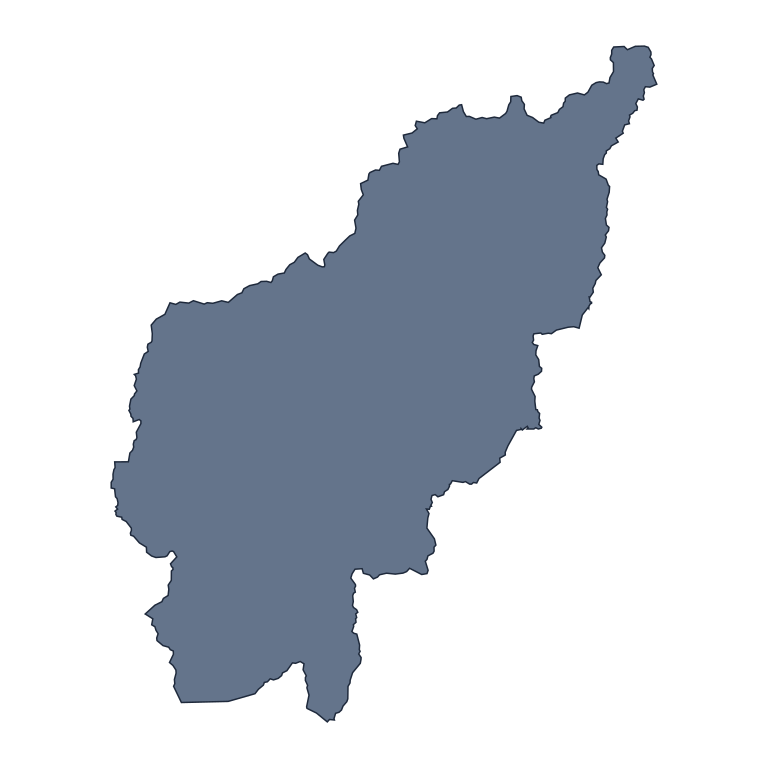 Queenstown-Lakes District, Otago, New Zealand
{"feature_id": "76426892B58919482239418", "entity_name": "Queenstown-Lakes District", "entity_type": "district", "adm_level": 2, "iso_a3": "NZL", "parent_name": "New Zealand", "parent_adm1": "Otago", "projection": "mercator", "projection_center": [168.951, -44.661], "detail": "fine", "context": "isolated", "style": "filled", "palette": "slate", "viewbox_px": 768, "rotation_deg": 0, "n_neighbors": 0, "source": "geoboundaries", "source_scale": "gbopen_adm2", "svg_char_len": 6088}
<svg xmlns="http://www.w3.org/2000/svg" viewBox="0 0 768 768"><path d="M188.8,303.1L179.9,302.1L175.8,304.4L170.0,302.8L164.9,314.3L156.3,319.1L151.2,325.1L152.3,333.6L152.0,340.8L151.3,342.2L147.9,344.2L147.3,347.2L148.2,351.4L144.3,354.0L140.7,363.3L140.1,366.9L138.4,369.7L138.5,373.1L134.3,374.4L135.6,375.8L136.4,379.1L134.2,385.6L136.9,390.9L134.5,394.0L134.3,395.6L130.9,399.1L129.5,406.2L129.9,409.1L128.9,410.4L130.8,414.0L131.0,416.3L133.0,418.4L133.2,421.8L139.2,419.5L140.9,420.9L140.9,423.6L136.3,432.2L136.9,437.6L136.1,439.6L134.2,440.6L133.3,444.2L133.7,447.1L132.5,450.3L129.9,453.0L128.4,461.8L114.7,461.9L115.1,467.6L113.9,469.7L113.0,474.2L113.1,479.2L111.2,482.3L111.2,488.0L114.6,488.8L115.5,496.8L117.1,498.6L118.0,502.7L117.7,505.4L115.8,506.9L117.6,509.1L115.0,511.1L116.1,512.5L115.9,514.5L116.9,516.2L121.7,517.2L122.1,519.4L126.2,521.5L131.3,528.1L131.4,530.5L130.4,533.1L130.8,535.2L133.6,536.2L139.4,542.9L146.4,547.2L146.6,552.2L151.6,556.0L155.9,557.5L165.0,556.8L167.1,555.8L169.8,551.6L172.1,551.0L173.6,551.6L176.8,556.9L170.5,563.8L171.6,566.7L172.8,567.6L173.0,569.5L171.4,571.0L171.3,580.4L168.2,585.1L168.8,589.3L168.1,595.5L163.4,598.4L161.9,601.7L154.9,605.2L145.2,614.0L152.8,618.8L151.7,624.8L154.9,626.7L156.0,630.3L158.1,633.7L156.7,638.0L157.0,640.6L163.0,645.6L168.7,647.2L170.3,649.7L173.3,651.0L173.4,654.3L169.5,662.5L172.9,665.4L175.9,670.0L176.1,673.1L174.4,679.5L174.8,683.7L173.6,686.3L181.4,702.5L228.2,701.4L255.0,693.7L258.4,689.3L263.4,685.1L264.3,682.4L267.4,681.8L270.2,678.8L273.5,679.9L278.2,678.4L281.6,675.6L282.5,672.9L286.9,670.7L292.4,662.9L295.6,663.3L300.2,661.5L304.0,663.8L303.1,669.8L306.3,675.9L305.4,677.5L305.4,680.5L307.6,685.3L306.9,687.8L309.0,695.1L306.6,706.9L307.0,708.4L316.4,713.0L327.3,721.9L329.5,719.5L334.4,720.0L334.0,718.6L335.6,713.3L339.0,712.3L341.5,710.0L343.0,706.1L346.8,701.7L347.8,698.9L348.0,686.4L350.0,683.0L350.2,680.1L352.6,672.7L360.3,663.3L361.0,659.4L361.1,657.5L358.7,654.0L360.1,651.3L359.3,649.7L359.6,645.1L356.8,634.1L353.7,633.2L351.9,631.5L353.7,626.5L353.4,624.6L356.0,622.3L355.6,618.7L356.7,617.6L355.7,613.9L357.8,612.3L356.6,609.7L353.5,607.5L352.5,605.4L353.3,601.6L352.7,595.7L353.6,593.2L355.3,592.2L354.5,588.2L355.6,586.1L355.4,584.5L350.8,578.1L352.1,573.8L355.0,569.2L362.1,568.7L363.4,573.3L369.7,575.0L373.4,578.9L377.5,577.1L379.5,574.8L386.5,573.2L395.3,574.1L403.0,573.1L406.6,571.6L409.6,568.3L421.7,574.5L427.0,573.6L428.1,570.3L425.3,561.2L427.0,559.4L427.9,555.9L433.1,553.1L434.1,551.1L434.0,547.2L435.9,545.1L434.4,538.8L426.9,528.1L427.8,518.0L429.0,513.5L426.4,509.0L429.3,509.3L430.3,506.5L431.5,506.2L430.9,505.2L432.3,502.5L431.0,499.3L432.0,495.5L435.2,494.6L437.9,496.8L443.6,494.7L444.5,491.7L447.9,489.5L449.5,486.2L449.4,484.4L450.5,484.0L452.3,480.7L463.0,482.4L465.5,481.6L469.6,484.1L471.6,484.1L473.4,482.5L476.7,483.0L479.0,478.5L500.1,462.3L499.7,458.2L505.3,455.0L505.2,452.3L507.9,445.9L516.5,430.4L520.8,429.5L521.0,428.5L522.3,430.0L527.3,426.3L528.1,427.8L527.0,429.0L533.8,429.0L535.8,427.7L538.3,429.0L541.3,428.2L541.8,427.2L538.8,424.4L540.0,420.4L539.1,418.1L539.6,413.5L537.8,411.6L537.4,409.8L535.8,409.5L534.8,401.1L535.1,396.5L531.5,389.2L531.7,387.1L534.4,381.8L533.8,378.7L534.3,375.9L538.3,374.2L541.5,371.3L541.7,368.3L539.4,366.4L538.7,359.6L535.8,354.9L536.0,350.8L537.8,345.6L533.8,344.5L532.3,342.5L533.6,340.1L533.1,336.0L533.8,333.9L534.9,333.7L540.8,333.0L542.2,334.3L548.4,333.2L551.4,333.7L556.4,330.1L568.2,327.2L573.8,326.7L579.1,328.2L582.3,315.0L588.0,307.7L588.8,308.7L589.0,306.0L590.5,303.6L591.5,303.4L591.6,302.3L590.0,301.5L589.2,297.0L589.9,297.2L593.3,292.2L592.8,288.2L595.2,283.7L595.9,280.5L601.3,274.8L597.8,267.7L599.9,263.0L604.5,257.9L604.8,255.3L602.4,252.1L601.5,247.8L604.8,243.1L606.3,237.0L605.3,235.0L608.5,230.8L609.0,227.4L606.4,225.0L605.4,218.4L607.0,215.0L606.8,211.9L607.6,209.3L606.4,207.4L607.6,201.7L607.0,199.3L609.2,192.3L609.6,186.5L608.3,185.2L606.1,179.1L598.7,174.8L598.2,171.5L596.9,169.5L596.8,165.4L598.8,163.9L602.8,164.3L603.2,158.7L604.7,154.6L606.3,153.1L606.3,150.9L609.8,148.7L611.4,145.8L618.2,142.0L615.8,138.1L623.2,133.2L622.4,131.2L624.7,124.9L629.4,123.7L628.6,120.9L630.0,116.9L629.5,115.1L632.7,113.3L634.7,110.7L637.0,110.2L637.4,107.0L635.8,103.6L638.3,98.9L643.0,100.2L644.1,99.2L643.3,96.0L644.4,92.7L643.8,89.7L645.4,86.7L649.9,87.1L656.8,84.2L652.8,74.9L653.5,73.7L652.5,71.9L652.3,68.4L654.2,65.5L651.5,59.0L649.9,57.2L651.0,54.7L650.9,52.0L648.2,47.3L644.4,46.1L635.3,46.3L627.4,49.7L624.1,46.5L613.7,47.0L611.7,50.3L611.7,54.1L610.3,57.6L610.4,59.8L613.4,62.6L613.5,71.6L610.0,77.5L609.0,83.0L606.5,83.6L603.3,82.1L599.4,81.9L596.1,82.6L591.8,85.2L587.9,92.2L584.4,94.9L577.5,93.0L569.4,94.9L565.3,98.1L565.2,101.3L563.6,103.1L563.0,106.7L559.4,109.4L557.8,112.6L551.3,115.2L550.6,116.4L550.9,117.6L544.9,120.2L543.7,123.1L538.8,122.2L532.6,117.5L527.1,115.3L524.1,108.9L524.4,104.4L521.8,100.7L521.2,97.2L517.1,95.6L510.9,96.5L510.7,101.8L508.8,104.8L507.0,111.3L505.6,113.5L499.5,118.1L494.3,117.1L486.6,118.7L482.1,117.5L475.9,119.2L469.4,116.4L466.3,116.5L463.4,111.6L461.6,104.7L459.2,105.1L456.2,108.0L452.5,108.3L447.5,112.0L439.6,112.8L437.5,115.6L436.9,118.8L431.6,118.6L424.8,122.8L416.4,121.2L415.2,125.6L417.3,128.8L412.1,133.0L403.4,135.1L403.9,138.3L407.6,146.9L400.0,149.2L398.7,153.3L399.4,161.9L398.0,164.4L393.0,163.3L381.5,166.3L379.4,170.3L375.5,170.0L370.0,172.5L368.9,174.0L367.9,180.1L360.6,183.6L361.3,189.5L363.3,194.8L358.3,201.3L358.8,204.3L357.4,210.4L357.8,214.9L354.6,220.1L356.0,228.2L354.8,233.4L349.8,235.9L345.9,239.6L339.5,245.9L336.3,251.1L333.6,252.6L329.1,252.1L327.9,253.2L323.8,259.4L324.8,264.9L324.4,266.7L322.3,266.9L317.8,265.2L309.4,259.0L307.5,254.7L305.2,253.0L297.9,257.4L294.3,262.3L289.8,264.7L286.0,269.4L284.3,273.0L278.0,274.1L273.4,276.8L272.3,280.8L270.9,282.5L266.6,281.3L261.1,281.5L257.8,283.8L249.6,285.6L243.9,288.7L241.9,292.8L237.4,294.5L228.3,302.4L221.7,300.8L212.8,303.3L207.2,302.7L204.2,304.1L193.4,300.7L188.8,303.1Z" fill="#64748b" stroke="#1e293b" stroke-width="1.5"/></svg>